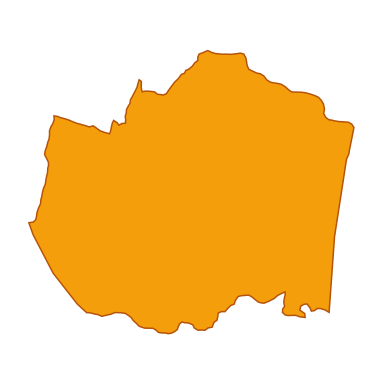 outline of Itagibá, Bahia, Brazil, rotated 358°
{"feature_id": "56859067B58161696770023", "entity_name": "Itagibá", "entity_type": "district", "adm_level": 2, "iso_a3": "BRA", "parent_name": "Brazil", "parent_adm1": "Bahia", "projection": "albers", "projection_center": [-39.84, -14.244], "detail": "fine", "context": "isolated", "style": "filled", "palette": "amber", "viewbox_px": 384, "rotation_deg": 358, "n_neighbors": 0, "source": "geoboundaries", "source_scale": "gbopen_adm2", "svg_char_len": 2873}
<svg xmlns="http://www.w3.org/2000/svg" viewBox="0 0 384 384"><g transform="rotate(358 192 192)"><path d="M95.5,122.4L91.6,123.4L87.8,122.0L85.1,121.1L82.5,120.3L79.2,119.3L75.8,117.9L71.4,115.8L67.2,114.3L63.1,113.0L60.0,111.7L56.7,111.1L56.8,114.9L55.3,118.8L53.2,122.0L51.7,125.9L51.6,130.1L51.0,134.1L49.6,137.3L48.4,141.6L46.8,145.5L46.0,149.4L48.0,153.8L49.5,157.1L49.6,160.2L48.7,163.2L48.3,167.5L46.8,173.0L45.6,179.3L43.9,182.7L42.7,186.6L41.7,191.2L40.7,194.5L40.2,198.4L37.9,203.0L36.3,207.4L35.8,210.6L34.9,214.2L32.4,216.5L27.9,217.0L31.7,229.1L48.1,263.5L50.6,268.6L62.9,285.5L73.6,300.1L76.8,303.3L82.5,308.9L86.1,309.2L90.6,310.6L93.6,311.2L97.6,313.1L102.3,312.1L106.5,311.4L110.7,309.8L115.7,310.1L121.0,310.9L124.5,313.4L126.7,315.2L128.8,318.4L131.3,320.8L134.6,324.4L139.9,326.4L144.3,326.6L148.4,326.9L151.4,328.9L153.7,331.2L157.4,331.9L160.5,331.9L163.2,332.8L166.3,332.4L169.3,331.2L172.5,329.0L173.5,326.3L175.0,323.3L177.5,321.6L180.1,322.4L183.7,322.7L188.1,324.7L189.7,328.1L193.1,330.3L196.6,330.3L200.1,330.6L203.4,328.4L207.4,327.8L209.4,323.1L212.5,321.0L213.4,317.4L213.9,314.0L217.0,312.6L220.8,312.7L223.9,309.4L226.8,306.7L230.2,305.6L231.6,301.9L234.5,298.0L238.1,297.3L241.7,297.2L245.0,297.0L248.3,299.0L251.6,301.9L254.4,304.3L257.5,305.3L260.3,305.6L265.1,303.8L270.4,301.3L274.0,298.4L277.3,296.8L281.5,295.1L281.6,297.9L280.6,301.2L279.9,305.4L280.5,309.6L278.6,312.0L278.2,315.5L280.9,318.2L283.7,318.8L287.9,318.8L291.5,318.9L295.4,320.5L300.7,321.3L300.4,317.4L295.6,313.8L296.7,309.8L300.2,308.1L303.0,307.9L305.8,311.7L307.1,315.2L310.3,314.8L313.2,312.8L316.4,313.0L321.0,314.6L324.8,317.1L332.9,241.5L343.2,187.6L347.5,164.8L350.1,159.3L350.7,156.1L356.1,133.3L354.0,129.7L350.9,127.8L346.4,127.2L341.7,126.8L337.5,126.0L334.6,125.2L331.2,124.5L328.3,122.1L326.3,118.2L327.3,113.7L326.4,108.6L324.4,104.9L321.7,101.8L318.1,99.9L314.3,98.5L311.4,97.5L308.4,96.7L304.7,96.1L301.7,95.9L297.8,95.7L295.0,95.4L292.3,93.4L288.8,90.0L285.0,87.5L281.0,86.4L277.4,85.8L274.2,85.0L270.7,82.6L267.8,78.5L264.4,76.2L260.8,75.4L256.9,73.4L253.1,71.3L251.6,67.9L251.1,64.1L250.5,59.9L248.6,56.0L245.3,54.9L241.0,55.4L235.6,55.8L231.1,55.4L227.5,55.4L223.4,54.9L220.3,54.4L216.9,53.4L212.7,51.2L207.9,53.1L203.9,54.4L202.5,57.5L202.5,60.6L199.2,63.1L196.8,66.2L193.3,69.0L190.0,70.3L188.8,72.9L185.4,74.2L182.0,78.5L178.4,81.7L175.7,85.0L173.0,88.4L169.9,92.8L166.6,94.1L163.9,93.5L161.0,93.2L158.2,90.7L153.6,89.9L149.1,89.5L145.7,90.1L144.9,85.9L145.1,82.8L145.2,79.7L143.1,78.0L141.6,82.3L140.7,85.5L138.7,89.2L137.3,91.6L135.7,94.5L133.8,97.5L133.0,101.4L131.0,104.5L129.4,107.3L129.0,111.0L127.9,113.9L128.2,117.4L127.9,120.9L124.2,121.1L121.4,122.7L119.5,120.0L116.2,117.7L114.8,120.3L113.8,123.8L113.0,127.5L111.7,130.9L106.9,129.5L102.1,127.5L98.5,124.6L95.5,122.4Z" fill="#f59e0b" stroke="#b45309" stroke-width="1.5"/></g></svg>